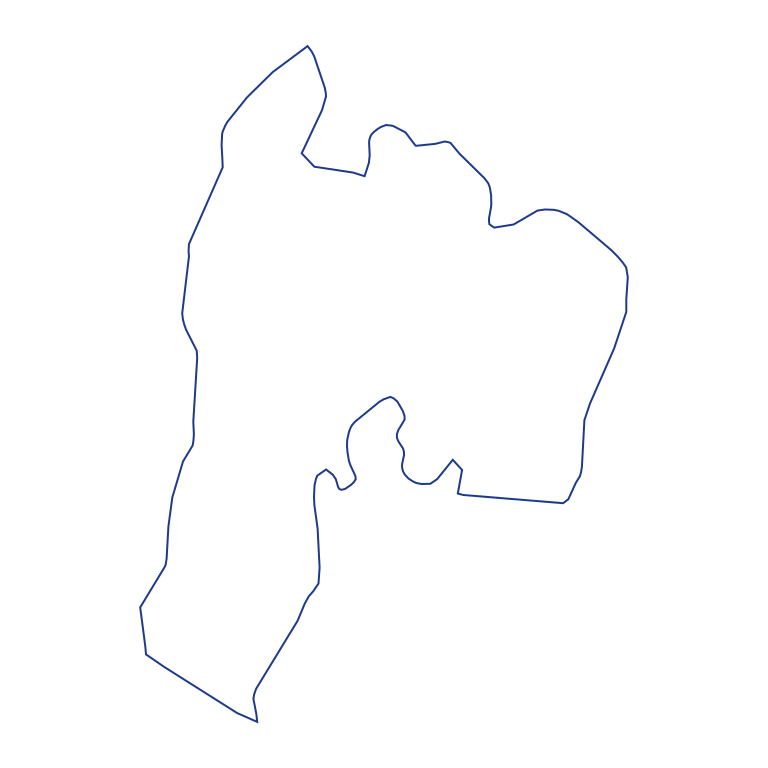 an SVG outline of Suchitepéquez
{"feature_id": "GTM-1952", "entity_name": "Suchitepéquez", "entity_type": "Department", "adm_level": 1, "iso_a3": "GTM", "parent_name": "Guatemala", "parent_adm1": "", "projection": "robinson", "projection_center": [-91.398, 14.394], "detail": "fine", "context": "isolated", "style": "outline", "palette": "blue", "viewbox_px": 768, "rotation_deg": 0, "n_neighbors": 0, "source": "natural_earth", "source_scale": "10m", "svg_char_len": 2147}
<svg xmlns="http://www.w3.org/2000/svg" viewBox="0 0 768 768"><path d="M237.2,713.1L164.3,667.0L146.0,654.4L145.3,646.4L140.2,607.4L164.6,567.1L165.6,564.9L166.6,558.8L168.4,526.6L172.3,497.5L183.0,461.5L192.7,445.4L193.4,440.9L193.9,434.5L193.3,421.6L197.2,358.0L196.7,350.7L185.9,329.3L184.2,324.4L182.9,319.3L182.2,313.4L189.0,256.1L188.7,253.3L188.6,250.1L189.0,244.0L222.7,167.3L222.3,157.7L221.6,145.2L222.1,134.2L222.7,131.5L225.3,125.5L227.6,121.6L247.0,97.4L272.7,72.1L307.6,46.1L311.8,51.7L314.2,56.3L324.8,87.8L325.8,93.1L326.0,96.5L322.0,110.2L301.7,153.3L314.3,166.7L353.2,172.6L364.6,176.2L368.9,162.8L369.7,155.3L369.1,142.9L369.3,140.1L370.1,137.3L371.4,134.6L373.8,132.0L377.9,128.8L380.9,127.0L386.1,125.0L392.8,125.8L405.5,132.4L415.2,145.2L416.0,145.8L435.1,143.9L444.8,141.5L448.0,142.1L450.5,142.9L459.4,153.6L484.3,178.1L488.2,183.2L489.8,187.3L491.1,195.3L491.3,204.4L491.0,207.3L489.0,218.4L489.0,221.3L489.4,224.2L491.9,226.1L494.3,227.6L513.6,224.5L537.4,210.6L544.9,209.5L553.7,209.8L558.7,210.8L567.0,214.2L578.4,222.2L611.7,250.5L617.7,256.6L623.2,263.1L626.2,267.6L627.8,277.2L626.3,299.1L626.3,311.9L614.2,348.3L590.0,403.5L584.4,420.2L581.9,467.0L581.0,472.5L579.8,476.4L575.9,482.7L568.3,499.3L563.1,503.2L463.3,495.0L457.8,493.5L462.1,470.0L452.8,459.8L437.2,479.1L430.3,483.8L421.7,484.0L416.2,483.0L412.9,481.4L408.6,478.6L404.9,474.7L403.1,471.6L402.3,468.7L402.0,465.9L402.3,463.0L404.1,454.9L403.9,451.7L403.1,448.6L398.9,442.2L397.7,439.8L396.9,437.5L396.9,434.8L397.5,432.2L398.4,429.9L404.6,419.7L404.5,416.0L402.9,411.1L397.4,401.6L393.7,398.4L390.4,396.9L383.4,399.4L379.4,401.8L355.0,421.7L352.0,425.2L350.8,427.2L349.0,431.8L347.2,440.0L347.0,446.1L347.5,452.3L348.9,460.8L350.6,465.7L354.7,474.4L355.5,476.7L355.7,479.2L354.0,482.0L351.1,484.8L345.1,488.9L341.6,489.8L339.3,489.0L338.1,486.9L335.9,479.4L332.9,474.8L326.1,469.5L317.3,475.6L316.0,478.8L314.5,485.5L314.0,497.4L314.4,505.3L317.6,528.4L319.6,567.7L318.5,583.5L313.2,591.3L308.8,596.3L304.7,603.7L297.7,620.6L256.1,688.8L254.2,694.2L253.4,698.8L256.3,713.9L257.2,721.9L237.2,713.1Z" fill="none" stroke="#1e3a8a" stroke-width="2"/></svg>